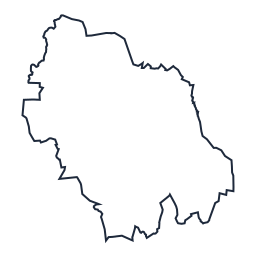 the district of Rosario, Sonora, Mexico
{"feature_id": "50627088B12360956562142", "entity_name": "Rosario", "entity_type": "district", "adm_level": 2, "iso_a3": "MEX", "parent_name": "Mexico", "parent_adm1": "Sonora", "projection": "mercator", "projection_center": [-109.365, 28.044], "detail": "fine", "context": "isolated", "style": "outline", "palette": "slate", "viewbox_px": 256, "rotation_deg": 0, "n_neighbors": 0, "source": "geoboundaries", "source_scale": "gbopen_adm2", "svg_char_len": 5043}
<svg xmlns="http://www.w3.org/2000/svg" viewBox="0 0 256 256"><path d="M221.3,150.3L216.3,147.8L213.7,147.9L206.9,139.2L202.6,136.0L201.4,131.4L200.6,125.8L200.0,121.9L199.5,120.6L198.9,119.1L198.2,116.7L197.9,115.9L197.7,115.8L197.7,115.4L197.8,115.3L197.8,115.0L197.8,114.7L197.7,114.5L197.5,114.4L197.4,114.3L197.2,113.9L197.2,113.7L197.3,113.4L197.5,113.4L198.0,113.0L198.0,112.9L197.8,112.9L197.7,112.9L197.6,112.6L197.4,112.3L197.2,112.1L197.0,111.8L196.8,111.7L196.9,111.4L197.0,111.3L197.2,111.0L197.3,111.0L197.2,110.9L196.9,110.8L196.8,110.7L196.7,110.6L196.7,110.3L196.6,110.2L196.6,109.9L196.4,109.7L196.1,109.4L196.1,109.1L195.9,108.8L195.9,108.6L195.9,108.1L195.7,107.8L195.5,107.4L195.3,107.2L195.0,106.5L194.9,106.4L195.0,106.2L195.0,105.9L194.8,105.7L194.7,105.5L194.6,105.4L194.7,105.2L194.4,105.0L194.3,104.8L194.4,104.5L194.4,104.4L194.4,104.0L194.2,103.9L194.2,103.7L194.0,103.4L194.1,103.0L194.2,102.6L193.4,102.8L193.5,102.6L193.4,102.4L193.2,102.2L193.1,101.9L192.8,101.8L192.7,101.6L192.6,101.3L192.5,101.1L192.6,100.9L192.5,100.7L192.4,100.3L192.3,100.2L192.5,100.0L192.6,99.7L192.6,99.3L192.7,99.1L192.7,98.9L192.7,98.7L192.6,98.2L192.9,98.0L193.0,98.0L193.1,97.9L193.1,97.7L192.9,97.2L192.6,97.0L192.4,96.7L191.9,96.6L191.4,95.6L191.5,95.2L191.6,94.8L191.7,94.6L191.8,94.2L192.0,93.5L192.0,92.3L192.1,91.0L193.4,85.0L189.9,85.3L189.1,82.3L181.8,79.2L182.8,77.0L180.9,75.1L178.1,69.9L174.4,67.2L173.3,66.1L169.7,68.9L167.1,70.4L165.3,70.0L165.7,69.0L161.1,64.5L160.1,66.4L158.1,68.5L156.3,68.3L154.8,68.7L150.7,68.2L150.8,66.4L147.9,64.0L143.8,68.0L141.8,68.0L142.7,63.0L141.4,64.0L138.2,65.9L133.4,64.4L132.2,61.2L124.5,39.0L120.0,36.0L114.6,32.9L111.5,33.3L111.5,33.1L106.1,33.0L91.6,35.5L86.5,35.8L85.5,29.2L82.6,22.0L79.0,20.5L71.9,19.1L63.0,15.4L61.9,15.4L61.4,15.4L61.2,15.5L60.9,15.8L60.8,16.4L60.8,16.6L60.6,16.8L60.4,17.1L60.0,17.7L59.3,18.5L59.0,18.9L58.8,19.0L58.5,19.1L58.3,19.0L58.0,19.1L57.8,19.1L57.5,19.2L57.2,19.4L56.8,19.6L56.4,19.9L56.0,20.0L55.7,20.0L55.3,20.0L54.9,20.1L54.7,20.1L54.5,20.3L54.5,20.6L54.4,20.7L54.1,20.8L54.0,21.2L54.0,21.3L54.3,21.6L54.5,21.7L54.6,21.9L54.7,22.9L54.7,23.5L54.7,23.9L54.8,24.2L55.0,24.7L55.1,25.1L55.1,25.5L55.4,26.7L53.7,28.7L52.2,27.8L51.8,27.6L50.2,27.7L49.1,28.0L48.0,29.2L47.2,30.5L46.2,31.1L45.8,31.2L45.4,31.6L45.2,31.8L45.1,32.4L44.6,33.0L44.3,33.8L44.3,34.6L43.3,36.4L43.7,37.6L44.3,37.5L45.0,37.8L45.3,38.1L46.2,39.4L46.1,40.0L46.1,40.9L46.9,43.4L46.9,44.1L47.2,44.9L46.8,45.5L46.8,46.0L46.2,46.6L46.1,47.4L46.3,49.4L46.1,50.1L46.1,51.2L46.0,52.2L45.6,52.7L45.2,53.3L44.3,55.7L43.8,57.9L44.0,59.2L43.7,59.9L43.7,60.1L43.4,60.4L43.4,60.5L43.2,60.5L42.8,60.6L42.4,60.6L41.9,60.6L41.6,60.9L41.2,61.1L40.5,61.7L40.3,61.9L40.0,62.2L39.6,62.4L39.3,62.5L39.2,62.6L39.0,62.9L38.5,63.7L38.1,64.4L38.1,64.5L38.3,65.1L38.4,65.3L38.3,65.7L38.2,65.9L38.0,66.1L37.6,66.2L37.3,66.3L37.2,66.4L37.0,66.7L36.7,66.9L36.2,66.9L35.9,66.5L35.4,66.1L34.8,65.5L34.2,64.9L33.9,64.8L33.2,64.6L32.9,64.5L32.4,64.5L31.7,65.0L31.1,65.8L31.0,66.1L31.0,66.5L31.0,66.9L30.9,68.0L30.9,68.4L30.9,70.2L31.0,70.9L31.1,71.3L31.5,71.6L31.8,71.9L32.6,72.4L32.6,72.6L32.2,72.9L32.2,73.0L32.2,73.7L32.3,74.1L32.0,74.6L31.8,74.9L31.6,74.9L31.2,74.8L30.8,74.9L30.4,75.0L30.2,74.8L29.5,75.3L28.9,75.7L28.8,75.8L28.8,76.0L28.8,76.6L29.4,77.7L29.5,78.0L29.5,79.0L29.4,79.3L28.6,80.3L28.5,80.5L28.4,82.2L28.6,82.3L28.7,82.8L39.8,83.1L39.7,86.9L42.9,87.8L39.4,93.2L39.8,99.8L33.2,99.5L23.9,99.8L22.5,115.3L25.8,117.5L26.5,118.4L28.8,126.4L29.6,132.9L31.8,136.8L34.3,141.0L40.0,140.6L40.9,142.5L44.8,141.2L46.1,140.8L49.4,138.4L50.9,138.3L55.2,139.6L57.0,144.5L55.6,144.9L57.7,148.9L58.7,149.1L56.2,155.9L56.8,157.5L58.3,158.7L58.9,159.5L59.8,159.5L61.4,167.5L65.0,167.0L64.5,170.1L59.4,178.9L76.9,177.1L77.4,177.7L80.6,183.3L81.1,185.0L82.3,194.0L89.8,200.7L90.7,201.1L91.2,201.2L92.4,201.7L97.8,203.7L99.0,204.2L98.2,204.3L96.7,204.4L95.4,205.0L93.9,206.2L93.8,207.3L95.2,209.2L97.8,209.6L98.5,210.9L100.7,211.7L102.3,213.9L101.0,217.0L101.8,219.2L104.7,229.3L106.0,240.6L108.6,237.1L112.3,236.9L115.7,236.5L116.1,236.4L121.9,235.7L132.6,240.5L132.3,237.1L132.5,236.9L134.9,228.5L135.2,226.3L135.8,226.7L138.1,227.7L140.3,232.4L141.1,232.8L141.6,232.2L142.9,231.6L144.0,232.1L145.0,234.1L145.6,234.3L145.8,234.5L146.0,234.7L146.1,235.0L145.9,235.7L146.0,236.3L146.4,236.9L146.8,237.9L153.5,233.5L154.6,233.7L155.6,233.5L157.4,231.6L157.1,229.2L159.1,228.1L159.4,222.9L159.2,222.6L160.7,216.5L162.2,212.3L162.7,209.6L160.3,203.0L169.4,195.6L169.9,194.5L174.7,203.3L176.2,206.5L177.0,209.4L177.4,214.9L175.6,218.3L176.8,221.0L178.0,223.2L178.4,223.3L181.6,223.8L184.6,223.3L185.3,220.2L187.0,219.2L191.5,215.8L191.0,214.1L197.9,212.3L198.6,216.9L199.0,218.1L200.0,219.5L200.7,220.3L200.6,221.2L201.6,222.1L201.9,222.3L202.3,222.4L203.1,223.4L203.5,223.1L207.6,222.2L209.2,220.3L209.3,219.3L215.2,203.0L218.6,201.1L219.6,193.2L226.2,194.9L226.7,190.1L233.4,191.2L233.5,187.1L233.3,175.6L232.1,172.5L231.9,166.3L231.5,160.2L225.0,156.0L221.3,150.3Z" fill="none" stroke="#1e293b" stroke-width="2"/></svg>